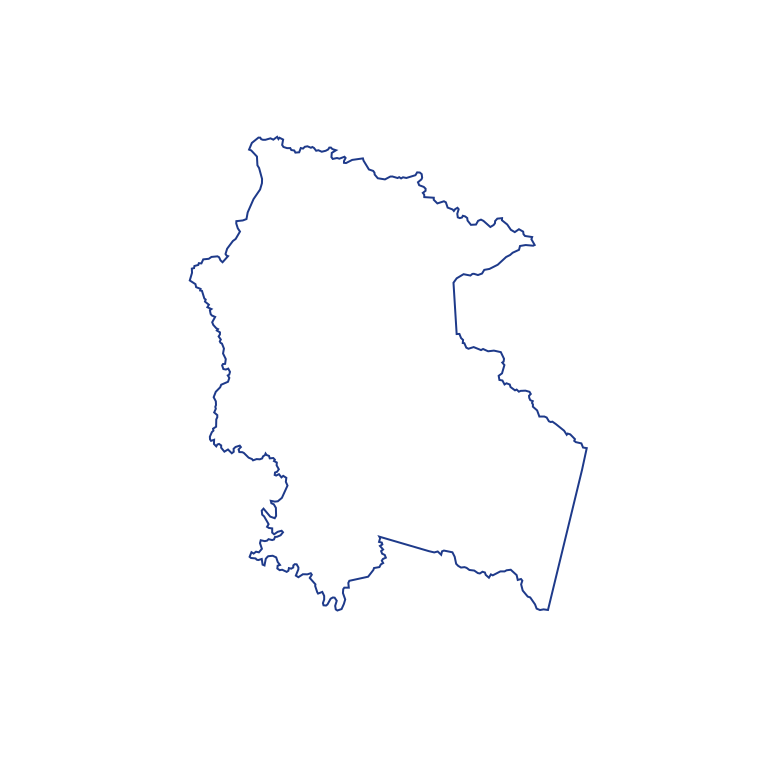 the district of Crixás, Goiás, Brazil, rotated 152°
{"feature_id": "56859067B65270192484225", "entity_name": "Crixás", "entity_type": "district", "adm_level": 2, "iso_a3": "BRA", "parent_name": "Brazil", "parent_adm1": "Goiás", "projection": "albers", "projection_center": [-50.028, -14.631], "detail": "fine", "context": "isolated", "style": "outline", "palette": "blue", "viewbox_px": 768, "rotation_deg": 152, "n_neighbors": 0, "source": "geoboundaries", "source_scale": "gbopen_adm2", "svg_char_len": 6154}
<svg xmlns="http://www.w3.org/2000/svg" viewBox="0 0 768 768"><g transform="rotate(152 384 384)"><path d="M393.1,654.3L391.6,652.6L389.4,644.5L393.1,636.5L392.9,633.3L395.4,622.3L397.5,618.6L402.1,613.9L412.4,608.5L423.8,599.5L428.0,594.2L431.9,594.7L437.9,597.1L439.1,595.1L440.0,590.1L439.6,586.2L446.9,581.7L450.3,581.2L459.0,577.1L462.9,573.2L462.7,571.3L461.7,570.1L469.4,567.3L470.3,569.9L470.1,573.3L471.1,574.9L476.7,577.2L479.9,576.8L485.1,578.9L488.6,576.2L490.8,577.6L492.1,576.3L496.0,577.2L497.3,575.5L499.5,576.1L501.3,572.3L506.9,566.6L503.6,560.7L504.4,557.7L501.3,554.1L502.4,552.9L501.0,551.7L502.5,543.8L501.8,542.3L503.4,540.8L501.4,536.2L503.9,534.7L501.2,531.2L503.1,530.9L504.2,527.2L503.9,525.4L501.6,522.5L506.7,519.2L507.0,516.3L505.9,511.9L504.8,510.4L506.5,509.7L504.6,506.6L505.6,504.8L507.7,503.6L507.2,499.9L509.0,498.7L509.0,497.1L508.1,495.7L508.7,490.4L511.8,486.5L512.0,480.3L514.8,476.4L516.9,477.2L518.2,476.4L518.8,472.6L516.8,471.0L514.3,470.7L514.3,467.0L516.3,464.9L517.9,464.9L517.7,462.0L520.7,459.2L528.1,459.8L530.2,458.0L536.2,456.1L540.6,452.3L540.6,447.7L542.2,444.3L543.7,443.0L544.1,441.1L547.3,438.6L545.8,434.8L546.8,432.9L548.7,431.5L552.3,425.1L555.9,424.8L556.5,422.9L558.6,422.3L562.5,419.2L563.6,416.8L563.4,415.0L560.2,414.5L562.3,410.9L561.4,407.7L559.5,408.8L557.8,408.5L556.6,406.2L557.7,404.2L556.7,399.2L552.5,399.4L550.9,394.3L548.5,394.7L547.2,397.4L544.6,398.1L540.3,397.3L540.0,395.5L543.1,394.5L543.7,391.8L541.1,390.3L540.1,388.9L538.1,382.5L535.8,379.7L535.5,378.1L531.7,377.5L529.0,375.8L526.5,375.5L524.8,376.9L522.5,377.1L521.2,378.2L521.0,376.4L519.3,374.5L519.8,372.0L516.5,370.6L515.9,368.4L517.3,367.6L515.5,365.0L517.0,362.6L516.9,358.1L519.6,356.7L521.8,357.0L523.2,355.0L522.2,353.8L519.1,353.7L518.4,349.7L516.1,350.2L514.3,347.0L516.6,343.7L516.9,339.6L527.6,331.4L532.8,330.3L535.6,331.4L538.8,334.0L539.4,331.6L537.8,329.5L537.6,325.4L541.2,318.2L543.5,316.8L546.7,320.3L548.9,330.5L551.4,329.6L552.9,325.8L552.0,323.4L551.7,314.4L554.3,312.8L553.2,310.9L550.5,309.0L552.5,305.3L551.6,302.9L547.3,303.4L543.3,302.5L542.8,300.5L546.3,299.0L550.1,299.3L552.0,300.1L554.1,298.4L556.0,298.7L558.8,301.2L560.8,300.6L563.0,301.2L566.2,303.9L568.2,301.7L569.2,295.8L573.5,294.1L575.7,296.0L578.7,295.5L580.0,297.7L583.8,294.5L583.1,292.8L579.3,290.3L578.9,288.7L577.7,287.6L574.1,286.9L576.0,281.5L574.7,279.9L570.5,285.1L568.9,285.8L567.1,286.3L562.9,284.6L560.6,281.5L561.4,276.7L560.8,273.1L563.2,273.5L564.8,271.2L563.5,268.6L561.1,267.8L558.1,263.8L556.1,264.0L554.4,266.1L552.6,264.5L550.3,264.6L549.2,266.4L547.4,266.8L545.8,265.8L545.7,262.2L546.6,260.6L551.8,256.2L550.3,253.6L544.9,254.1L541.0,251.9L537.5,251.3L537.3,249.5L540.6,247.6L538.6,239.3L539.6,238.0L540.7,231.5L540.6,229.9L536.1,229.4L536.3,225.0L538.0,221.8L540.8,219.2L541.3,217.0L539.2,215.6L537.4,215.9L531.9,219.5L529.3,219.5L527.9,218.5L527.5,214.8L531.3,211.0L532.4,207.6L531.5,205.9L527.1,205.2L522.6,208.7L519.4,212.0L518.4,218.7L516.3,222.0L514.7,222.8L510.7,220.7L508.9,225.1L507.0,226.5L488.5,221.3L480.7,224.8L479.2,226.2L474.0,224.5L471.5,226.2L468.8,226.3L468.9,229.0L467.1,230.0L463.9,229.8L463.6,232.7L465.3,235.1L465.0,237.8L462.5,238.3L463.6,242.9L460.8,243.1L460.4,245.0L462.5,246.9L459.8,249.7L459.8,251.4L422.8,215.3L418.7,211.7L415.2,210.9L413.7,206.4L411.3,209.0L409.3,208.8L402.6,203.3L402.7,198.3L404.7,191.4L403.9,188.6L402.2,185.8L398.9,184.5L397.4,182.9L395.9,179.7L391.9,176.9L389.9,173.0L388.3,171.7L385.2,172.0L383.4,170.2L383.8,167.7L382.3,163.7L379.0,165.7L377.8,164.0L369.3,163.9L365.4,161.9L363.3,162.0L359.3,160.5L356.6,153.0L357.9,148.2L354.6,147.5L354.2,145.4L357.0,142.7L358.5,136.5L356.9,128.8L355.1,126.9L354.1,118.5L354.7,114.0L352.4,111.2L348.9,110.1L345.3,107.5L249.3,215.4L235.1,232.2L238.1,234.5L237.6,238.9L241.9,242.6L242.7,244.5L241.3,245.7L243.2,252.1L245.1,254.0L246.5,253.4L246.9,258.2L251.1,268.0L253.0,271.7L254.6,272.1L255.9,273.7L256.1,278.0L257.7,280.0L262.1,282.3L261.2,288.8L263.2,294.1L262.1,296.0L262.2,297.8L260.7,299.0L262.4,301.0L262.3,303.5L261.5,305.5L259.1,306.3L259.2,308.8L262.2,311.7L266.6,313.8L268.5,313.9L269.5,316.8L271.3,316.9L273.7,321.9L273.2,324.5L275.5,327.1L277.8,327.0L277.8,331.5L280.2,333.4L278.9,337.4L274.8,338.0L268.8,344.2L269.5,347.4L267.9,347.6L266.2,349.9L265.9,357.3L271.3,361.9L276.7,364.0L280.1,368.4L282.4,368.4L287.5,374.5L292.9,375.5L294.3,377.5L293.9,382.3L295.2,383.2L293.5,385.8L294.4,388.4L293.9,392.8L296.4,394.0L275.1,440.8L270.2,443.2L262.2,443.6L256.8,439.2L254.3,439.7L252.9,439.1L249.9,436.1L245.6,435.5L241.9,437.7L236.9,436.1L227.6,435.9L216.5,438.8L212.1,438.7L208.8,439.5L201.8,439.1L199.1,442.0L193.7,440.2L187.4,436.1L185.7,436.0L185.9,442.6L184.2,444.2L190.0,448.5L190.5,450.7L189.6,453.2L192.2,457.3L197.2,456.7L199.6,460.6L200.3,467.0L203.0,473.2L201.9,475.0L206.3,476.8L209.4,475.7L210.6,473.8L212.6,472.9L216.4,472.7L219.6,481.3L221.2,483.6L224.3,483.9L227.9,481.6L232.5,483.7L233.5,489.1L232.6,491.5L233.7,493.9L235.4,495.5L237.0,494.4L239.2,494.9L240.6,496.5L239.4,499.9L236.0,503.3L236.4,505.1L239.0,505.0L241.1,504.0L241.5,505.9L245.0,509.9L244.1,515.4L245.3,517.2L252.1,518.4L253.6,523.3L252.6,525.1L260.7,530.1L259.6,532.4L260.0,534.5L256.6,535.1L255.6,536.9L256.4,539.4L259.6,543.0L259.3,546.2L254.9,547.1L253.5,548.2L252.2,551.6L253.1,553.9L255.4,555.3L258.2,553.6L267.5,555.4L270.2,557.6L272.4,557.5L273.5,559.5L275.3,559.5L279.2,563.3L281.0,564.2L287.1,564.2L292.9,568.6L293.9,573.3L293.2,575.1L293.5,577.2L296.6,580.5L297.2,590.8L296.7,593.1L306.9,596.8L313.8,596.9L315.5,598.1L314.6,599.7L311.8,601.6L312.2,603.2L317.6,603.9L319.4,605.6L323.6,606.8L323.9,609.0L321.6,612.6L316.6,612.9L319.3,615.7L319.9,617.7L321.3,618.4L323.2,617.3L326.0,617.3L329.9,618.3L332.2,621.2L334.4,621.8L335.0,625.3L336.0,626.9L337.6,626.9L340.0,629.8L342.5,630.6L345.0,629.9L346.7,631.4L350.1,628.4L353.6,629.9L353.6,632.3L356.0,634.1L356.0,636.3L358.8,637.7L361.5,640.5L361.7,642.9L358.3,647.2L360.7,650.5L362.2,649.8L362.3,652.4L367.0,651.7L368.9,654.2L374.1,655.3L376.3,656.5L377.5,657.8L377.6,659.6L379.2,660.5L387.5,658.9L393.1,654.3Z" fill="none" stroke="#1e3a8a" stroke-width="2"/></g></svg>